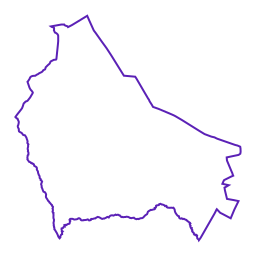 outline of Cherangany, Rift Valley, Kenya
{"feature_id": "3690345B16240552911731", "entity_name": "Cherangany", "entity_type": "district", "adm_level": 2, "iso_a3": "KEN", "parent_name": "Kenya", "parent_adm1": "Rift Valley", "projection": "mercator", "projection_center": [35.178, 1.046], "detail": "fine", "context": "isolated", "style": "outline", "palette": "violet", "viewbox_px": 256, "rotation_deg": 0, "n_neighbors": 0, "source": "geoboundaries", "source_scale": "gbopen_adm2", "svg_char_len": 5756}
<svg xmlns="http://www.w3.org/2000/svg" viewBox="0 0 256 256"><path d="M238.5,201.1L233.8,200.1L227.0,198.9L224.9,190.2L224.5,187.6L226.4,186.6L228.7,185.2L222.4,183.8L223.5,181.2L224.1,180.1L228.1,178.1L230.9,176.7L233.2,175.7L232.7,174.5L232.3,173.1L231.6,171.6L227.0,160.6L226.9,159.9L226.7,157.4L238.6,154.9L240.3,153.7L240.6,151.9L240.6,151.1L240.5,148.4L240.2,146.7L237.4,145.5L236.9,145.4L235.0,144.9L217.2,138.7L215.3,137.8L214.7,137.4L212.1,136.8L211.3,136.6L204.6,134.1L199.0,130.7L181.9,120.0L175.6,116.3L174.1,115.5L171.9,114.5L158.6,108.9L153.0,106.9L151.9,104.9L149.6,101.3L148.8,99.4L148.3,98.9L147.5,97.5L144.5,92.4L136.4,78.5L135.2,76.7L123.9,75.7L111.2,55.3L106.5,48.1L101.7,41.5L95.7,33.0L93.8,30.5L89.3,20.6L87.2,15.8L71.9,25.1L68.0,27.1L67.5,26.3L66.6,26.0L65.9,25.8L64.6,25.2L64.2,24.5L61.5,24.5L51.0,26.4L51.7,26.9L53.1,27.3L54.0,27.9L54.1,28.8L53.9,30.3L54.3,31.1L54.9,32.5L56.2,33.1L57.3,34.0L57.7,34.5L58.1,35.3L58.2,36.1L58.2,37.9L58.2,41.2L57.9,44.6L56.4,59.0L56.0,59.6L53.5,59.9L52.5,60.6L51.6,60.9L50.8,61.4L50.4,61.8L50.2,62.5L49.6,63.6L49.1,64.1L48.0,65.0L45.7,67.3L45.3,68.8L45.0,69.4L43.5,70.1L43.0,70.5L42.7,71.2L41.9,71.9L40.8,72.5L39.2,73.2L38.5,73.8L37.5,74.4L36.9,74.6L36.3,75.0L35.4,75.7L32.9,75.9L32.1,76.1L31.2,76.5L30.6,76.9L30.1,77.6L29.8,78.2L29.6,78.8L28.1,81.1L27.5,81.8L29.5,87.7L30.2,89.0L30.7,89.8L31.5,90.6L32.4,91.8L32.8,92.5L32.6,93.3L30.8,96.3L30.2,97.4L28.0,100.2L27.5,100.8L26.5,101.3L25.7,101.5L25.2,101.9L24.7,102.6L24.1,103.0L23.6,103.7L22.9,106.0L22.1,108.1L21.2,109.4L17.1,114.6L15.4,117.0L16.7,118.4L17.5,118.6L17.8,119.3L18.1,120.2L18.7,121.5L18.8,122.1L18.7,123.0L18.3,124.9L17.8,125.9L17.8,126.7L18.0,127.4L18.8,129.0L18.8,130.2L19.0,131.3L19.5,131.8L21.6,132.9L22.3,133.7L23.0,134.8L23.7,135.1L24.8,135.2L25.5,136.1L26.4,137.6L27.0,139.6L27.3,140.2L27.5,141.1L27.6,141.8L27.4,142.3L27.4,143.1L28.4,144.3L28.1,144.8L28.1,146.7L27.8,147.8L27.7,148.4L27.7,149.2L28.0,150.0L28.0,150.8L27.9,151.5L28.3,152.1L28.5,153.0L28.4,153.8L28.4,154.7L27.9,155.0L27.6,155.6L27.6,156.5L27.4,157.3L27.4,158.0L27.6,158.5L27.4,159.4L29.2,161.9L30.0,162.1L30.6,162.3L31.0,163.0L32.0,163.1L32.4,163.8L33.3,163.8L33.9,164.4L34.2,165.8L35.6,166.6L36.2,167.0L36.7,167.5L36.9,168.4L36.8,169.4L37.1,170.1L37.8,171.2L38.0,171.8L38.0,172.4L38.3,173.6L38.6,174.2L38.7,174.8L39.1,175.3L39.5,176.0L39.7,177.3L39.6,177.8L40.0,178.5L40.7,179.1L40.7,180.2L41.4,180.4L42.1,181.7L41.7,182.4L41.6,183.0L41.3,183.5L41.1,184.2L41.4,185.0L41.6,185.7L41.7,186.3L41.6,187.1L42.3,188.6L42.6,189.6L43.2,191.1L43.5,191.7L44.9,192.2L45.3,192.7L46.1,194.3L45.9,196.8L46.1,197.5L47.0,198.9L47.4,199.4L47.7,200.0L48.0,200.7L49.2,201.7L49.4,202.5L50.1,203.0L50.7,203.7L51.1,204.4L51.9,204.9L52.0,205.8L52.6,206.3L53.0,206.9L52.8,207.8L52.5,208.5L52.9,209.1L52.8,209.9L52.9,210.6L52.5,211.8L53.5,212.9L53.2,213.4L53.5,214.1L53.4,214.7L53.5,215.5L53.4,217.0L53.5,218.3L54.0,219.7L53.9,221.1L53.5,222.9L53.8,224.8L53.7,225.7L54.1,226.3L54.0,226.9L54.1,227.4L54.4,227.9L54.4,228.8L54.4,229.4L55.1,230.1L55.5,230.8L55.8,231.4L56.7,232.8L57.7,234.9L58.2,236.3L58.8,237.4L59.6,238.3L60.0,237.8L60.4,237.3L60.2,236.5L60.6,235.9L60.8,235.2L61.5,234.4L62.1,234.2L62.0,233.5L62.2,232.8L62.0,232.0L62.5,231.5L61.8,231.3L61.9,230.6L61.5,229.3L61.6,228.4L62.9,228.0L63.4,227.6L63.6,226.9L64.1,226.4L64.8,226.5L64.7,225.8L64.4,225.1L65.3,224.8L66.5,225.1L67.1,224.4L67.7,224.1L69.4,223.7L69.7,223.1L69.8,222.6L69.8,221.7L70.3,221.0L69.5,219.9L70.2,218.9L72.2,218.8L73.3,219.1L74.0,219.5L74.8,219.5L75.6,219.4L76.5,219.3L77.6,219.0L78.2,218.4L79.0,218.2L79.9,218.6L80.5,219.1L80.8,219.9L81.5,220.3L82.4,220.3L83.3,220.3L83.9,220.0L84.5,220.1L86.2,219.9L87.8,219.4L88.5,219.9L89.0,220.4L89.6,220.4L90.3,220.2L90.9,219.9L90.9,219.2L91.6,218.9L92.4,219.0L93.6,218.7L94.4,218.4L95.4,218.4L96.0,217.8L97.7,216.9L99.2,217.3L100.7,218.1L101.5,218.7L102.4,218.9L103.4,218.5L104.2,218.6L105.6,217.9L106.5,217.5L107.1,217.0L107.7,216.9L108.8,217.5L109.6,216.3L110.2,215.8L111.1,215.4L111.9,215.3L112.6,215.3L113.3,215.6L114.7,215.1L115.5,214.6L116.3,215.0L117.1,214.9L117.7,214.7L118.4,214.8L119.1,215.3L119.7,215.3L120.1,215.9L120.7,216.3L121.0,216.8L121.8,217.1L122.4,216.9L123.1,217.2L124.7,217.0L125.6,217.0L126.3,216.7L128.1,216.9L128.9,217.3L129.7,217.6L130.1,218.0L130.7,218.0L131.2,218.2L131.8,218.0L133.9,217.7L134.4,218.3L135.1,218.7L135.7,218.9L136.3,219.2L136.9,219.0L137.4,219.0L138.0,218.8L138.6,219.1L139.2,218.9L140.3,218.3L142.2,218.1L143.4,217.4L144.0,216.6L145.4,215.2L147.0,214.2L147.4,213.4L147.6,212.6L147.9,211.8L148.6,211.2L150.1,210.3L150.6,209.9L151.3,210.0L153.0,209.6L153.5,209.4L154.4,209.3L155.0,208.8L154.7,207.9L155.9,207.4L156.1,206.5L156.1,205.7L156.7,205.4L157.6,205.3L158.5,205.1L159.1,204.8L159.2,204.2L160.5,203.8L161.7,204.5L162.5,204.5L164.0,205.1L164.6,205.5L164.9,206.0L165.5,205.8L166.2,205.8L166.7,206.3L166.7,207.1L167.6,207.6L169.6,207.8L171.8,207.7L172.6,207.9L173.4,207.7L173.9,208.3L174.5,209.3L174.7,209.9L174.8,210.8L175.1,211.9L175.5,212.8L176.7,214.6L177.1,215.1L177.9,215.9L178.9,216.2L179.1,217.0L179.1,217.5L179.4,218.0L180.0,218.5L180.9,218.7L181.7,218.3L183.0,219.1L183.9,218.8L184.6,219.2L185.8,219.8L186.4,219.9L186.7,220.5L187.3,220.8L187.8,221.3L188.5,221.8L189.2,222.3L190.0,222.8L190.4,223.5L189.7,224.0L189.9,224.9L190.6,225.8L190.3,226.6L191.0,228.1L191.8,228.1L191.7,229.2L192.2,229.7L192.4,230.2L192.0,230.9L192.7,232.1L193.3,232.4L193.9,233.2L193.8,233.9L194.3,234.6L194.9,234.6L195.3,235.1L196.0,234.7L196.5,235.0L197.1,235.5L196.8,236.3L197.1,237.0L197.3,237.8L197.3,238.4L197.8,238.9L198.3,239.2L198.7,239.6L198.9,240.2L200.7,237.7L214.5,213.6L215.5,211.7L216.4,209.8L216.8,209.2L220.2,212.8L222.6,214.0L230.7,218.3L234.3,209.7L238.5,201.1Z" fill="none" stroke="#5b21b6" stroke-width="2"/></svg>